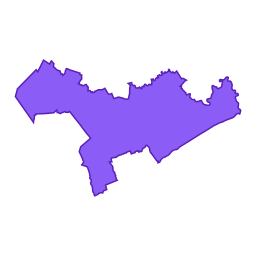 the district of Vinh Loi, Bạc Liêu, Vietnam
{"feature_id": "81297802B93911642889100", "entity_name": "Vinh Loi", "entity_type": "district", "adm_level": 2, "iso_a3": "VNM", "parent_name": "Vietnam", "parent_adm1": "Bạc Liêu", "projection": "robinson", "projection_center": [105.726, 9.343], "detail": "fine", "context": "isolated", "style": "filled", "palette": "violet", "viewbox_px": 256, "rotation_deg": 0, "n_neighbors": 0, "source": "geoboundaries", "source_scale": "gbopen_adm2", "svg_char_len": 5649}
<svg xmlns="http://www.w3.org/2000/svg" viewBox="0 0 256 256"><path d="M205.9,130.7L214.1,125.5L216.6,124.4L219.1,123.0L222.8,121.8L225.2,120.5L228.0,119.4L232.5,117.8L234.6,116.3L236.4,114.2L237.2,113.6L238.4,113.5L239.7,114.0L240.6,111.2L240.6,110.2L240.0,109.4L239.1,109.0L238.7,108.7L238.3,108.0L238.1,106.8L238.5,104.3L238.5,103.3L238.0,102.6L236.7,101.5L236.3,100.9L235.3,97.4L235.4,96.7L235.9,96.2L238.1,95.5L238.3,94.9L238.2,94.2L237.9,93.8L237.4,93.4L236.6,93.3L235.7,93.5L235.2,93.3L235.0,92.7L235.5,91.3L235.4,90.8L235.2,90.4L234.8,90.2L233.1,90.4L232.7,90.1L232.4,89.7L231.9,88.7L231.8,88.0L232.2,85.2L231.8,83.5L231.1,81.9L230.5,81.2L229.8,81.0L228.5,81.3L228.1,81.2L227.9,80.9L227.7,80.3L227.7,79.9L228.2,78.4L228.3,77.8L228.2,77.4L227.8,77.0L227.0,77.0L225.8,77.6L224.7,79.1L224.0,79.8L222.9,79.9L220.5,79.5L220.0,79.6L219.6,80.1L219.5,81.1L219.9,81.6L220.6,81.6L221.5,81.0L221.9,80.9L222.3,81.1L222.5,81.6L221.7,86.3L221.3,87.0L220.5,87.6L218.3,88.6L217.8,88.7L217.4,88.5L216.8,87.3L216.4,86.9L215.0,86.7L212.9,85.5L212.6,85.6L212.2,85.9L212.1,86.3L212.1,88.3L213.1,91.8L213.1,92.6L211.8,94.4L211.6,95.0L211.2,97.2L210.9,98.0L210.3,98.4L207.5,99.0L207.2,99.3L206.9,99.9L207.0,100.9L207.5,101.6L208.3,102.3L209.5,102.4L210.0,103.1L210.0,104.3L209.7,104.8L209.0,105.3L205.9,105.0L204.2,104.5L203.6,104.1L202.6,103.1L201.5,100.8L201.1,100.4L198.5,101.3L196.4,101.7L195.6,101.4L194.6,99.7L194.4,99.5L192.7,99.6L192.0,99.4L190.8,98.3L190.2,97.5L189.8,96.8L189.8,96.2L190.3,94.7L190.3,94.1L189.9,93.8L189.1,93.8L187.5,94.6L186.5,94.8L185.8,93.4L185.7,92.4L184.6,92.1L184.0,91.0L183.3,90.3L182.6,89.8L182.3,88.8L181.2,88.5L181.2,88.3L181.5,87.3L181.5,86.4L180.2,86.3L185.3,80.7L186.4,80.2L183.5,78.5L182.8,78.6L182.0,78.4L181.4,78.7L176.7,71.1L174.5,73.2L173.4,72.4L172.9,71.8L172.4,72.5L171.9,72.7L170.1,71.5L169.7,70.8L169.5,69.7L169.3,69.5L168.9,69.4L168.6,69.5L168.5,69.8L168.5,70.2L168.8,70.9L168.7,71.3L168.0,71.5L167.1,72.1L166.2,72.9L165.9,72.9L165.6,72.7L165.4,72.0L165.1,71.9L164.4,72.4L164.4,73.0L164.2,73.3L163.2,73.6L162.1,72.6L161.9,71.6L161.4,71.9L161.2,72.1L161.2,72.4L162.2,74.1L161.9,75.3L161.6,75.4L161.0,75.4L159.5,74.7L158.4,75.6L157.8,75.6L157.6,75.8L157.6,76.6L157.7,76.9L158.4,77.2L158.4,77.6L157.7,78.0L156.7,77.8L156.3,78.0L155.6,78.7L155.2,80.0L154.7,80.5L154.1,80.6L153.7,80.5L153.6,80.2L153.4,79.4L153.2,79.0L152.3,79.3L151.3,79.3L151.3,79.9L151.8,80.9L151.9,81.5L151.9,82.5L151.6,83.4L151.8,84.3L151.7,84.6L150.8,84.8L149.9,84.4L148.9,84.4L148.2,85.4L147.7,85.7L146.6,85.4L146.3,85.0L145.1,84.2L144.0,85.4L144.0,86.6L142.2,86.5L141.6,88.7L139.4,87.1L139.2,87.8L136.3,88.0L135.7,87.7L135.4,87.2L135.3,86.3L135.0,85.7L134.3,85.3L133.2,85.6L132.6,85.2L131.6,83.2L131.6,82.6L128.2,83.4L130.3,85.2L129.7,88.2L129.6,92.6L129.8,93.8L129.7,94.1L129.4,94.1L128.4,98.8L126.7,99.2L125.6,99.1L124.3,98.8L122.4,97.9L121.1,97.9L120.0,97.3L118.7,97.3L118.4,97.1L113.8,98.6L111.7,93.5L109.8,94.3L109.3,94.3L108.1,93.7L104.9,88.3L102.9,89.5L102.5,89.4L101.4,89.8L99.1,89.7L98.3,89.8L95.7,91.1L94.8,91.3L95.0,91.8L92.7,92.7L92.4,92.0L92.0,92.2L91.8,91.8L91.0,92.2L90.0,90.5L88.0,90.9L88.2,87.1L88.0,86.8L87.3,86.7L87.2,86.1L86.3,84.5L85.3,84.7L83.9,85.5L82.4,85.6L82.0,85.4L82.0,85.1L81.7,85.0L80.0,84.6L79.5,83.7L78.5,83.7L81.0,79.5L81.5,79.5L81.6,78.8L81.8,77.7L81.5,76.4L81.8,75.1L79.8,74.4L79.9,73.1L69.2,69.7L67.7,68.8L66.5,68.6L66.2,68.8L65.3,71.1L65.2,72.4L64.6,73.8L62.9,75.3L62.4,74.0L61.3,74.3L60.6,72.8L59.9,70.8L57.9,70.4L56.6,69.7L55.2,68.2L53.4,66.7L53.9,63.6L52.7,62.4L51.7,61.1L51.3,60.9L49.6,64.1L45.5,61.4L43.5,60.2L40.2,66.9L37.7,71.7L36.2,69.7L17.3,89.0L17.3,89.5L15.4,96.6L33.5,122.4L33.7,120.2L34.2,119.0L34.4,117.0L34.4,115.6L34.7,115.2L35.7,115.0L35.9,114.6L35.7,114.2L35.9,114.0L38.3,113.8L44.6,113.6L53.7,112.8L56.7,110.1L56.7,110.7L57.1,111.7L57.2,112.6L58.4,112.6L60.1,113.6L62.3,112.5L63.4,112.2L64.6,111.6L65.0,111.5L65.5,112.2L65.8,112.3L67.0,112.4L68.6,112.2L69.4,111.4L71.3,113.6L80.1,124.7L82.7,128.3L86.9,133.7L88.9,136.0L90.5,138.3L80.7,146.8L79.4,151.1L79.3,151.8L79.5,152.4L80.1,153.4L80.4,154.3L81.4,156.1L81.5,156.8L82.4,158.5L82.8,160.1L83.7,161.5L83.6,162.2L81.7,164.9L87.0,166.7L87.7,167.8L89.4,172.8L89.7,175.1L90.1,175.6L90.1,176.9L89.7,177.4L89.8,178.1L90.1,178.7L91.0,179.6L91.2,179.9L91.1,180.5L91.3,181.5L90.6,182.8L90.7,183.5L91.0,184.5L91.8,185.3L92.3,186.8L92.3,187.8L92.6,188.5L92.6,189.7L92.9,191.9L93.1,192.2L93.7,192.8L94.0,193.4L94.2,194.8L94.6,195.7L94.7,195.8L97.9,194.4L98.8,193.3L99.6,193.3L100.3,192.8L101.0,192.6L102.7,193.0L103.4,191.1L103.6,190.8L106.7,189.6L105.6,185.0L117.2,180.3L116.6,179.7L116.2,178.4L116.1,177.7L115.5,176.6L115.7,175.3L115.2,174.7L115.0,173.9L114.6,173.5L114.7,172.4L113.5,171.4L113.2,170.5L112.8,170.0L113.0,168.4L112.7,166.8L112.2,165.7L109.3,162.0L110.4,161.7L111.8,161.9L111.2,159.1L111.4,158.6L111.8,157.9L116.2,157.3L116.7,156.7L117.5,156.4L118.2,155.5L118.8,155.6L119.9,155.0L121.0,154.9L122.3,154.2L123.4,154.0L124.7,153.1L126.0,153.1L127.1,152.0L129.0,151.4L130.3,151.1L131.3,153.9L135.1,152.6L135.0,151.9L137.6,150.8L137.8,151.2L138.8,151.1L138.9,152.1L140.4,151.5L141.6,151.5L141.8,151.3L142.2,149.8L143.3,148.1L143.7,147.8L144.3,147.8L145.3,146.8L145.5,146.5L145.8,145.5L146.7,145.3L147.7,146.2L148.5,146.6L149.2,147.6L149.9,150.9L150.6,152.8L151.0,152.8L151.2,153.1L156.6,160.6L157.4,161.4L157.9,161.1L158.2,161.5L158.0,162.8L158.7,162.6L159.4,162.3L159.9,161.9L161.0,159.7L162.4,158.1L163.1,157.7L165.2,157.0L166.6,156.0L168.0,155.4L169.2,154.4L171.3,151.9L173.1,150.4L174.4,149.8L176.6,149.5L177.4,149.2L179.8,146.8L180.7,146.2L184.9,143.7L201.0,133.6L205.9,130.7Z" fill="#8b5cf6" stroke="#5b21b6" stroke-width="1.5"/></svg>